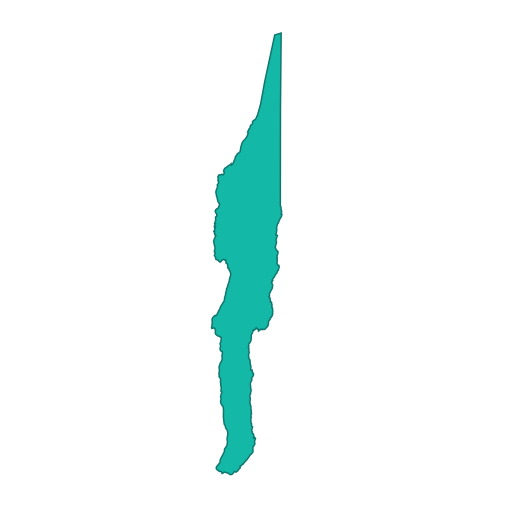 Hrunamannahreppur, Suðurland, Iceland, rotated 302°
{"feature_id": "244011B85072287894251", "entity_name": "Hrunamannahreppur", "entity_type": "district", "adm_level": 2, "iso_a3": "ISL", "parent_name": "Iceland", "parent_adm1": "Suðurland", "projection": "equal_earth", "projection_center": [-19.797, 64.432], "detail": "fine", "context": "isolated", "style": "filled", "palette": "teal", "viewbox_px": 512, "rotation_deg": 302, "n_neighbors": 0, "source": "geoboundaries", "source_scale": "gbopen_adm2", "svg_char_len": 6097}
<svg xmlns="http://www.w3.org/2000/svg" viewBox="0 0 512 512"><g transform="rotate(302 256 256)"><path d="M59.5,351.7L61.9,351.9L62.0,353.3L62.2,353.6L63.8,354.3L66.4,354.5L67.6,354.9L68.3,354.7L68.9,354.0L69.4,353.9L69.9,354.1L70.4,354.7L72.1,354.8L72.9,355.5L74.3,355.4L78.8,356.3L84.2,356.5L85.5,357.0L87.5,357.2L88.7,357.1L90.1,356.0L92.0,354.8L95.7,354.7L96.4,354.4L97.9,353.0L101.0,352.3L101.4,351.1L100.6,350.8L100.3,350.3L102.0,349.7L103.7,348.2L103.8,347.4L104.2,346.5L105.2,345.7L105.6,344.8L106.4,344.4L108.0,344.1L109.3,343.6L109.4,342.8L109.7,342.1L111.4,341.2L111.7,340.4L113.8,338.8L115.4,337.8L116.5,337.5L118.0,336.3L119.2,335.8L120.0,335.8L120.6,335.0L122.4,333.9L123.6,332.7L125.0,331.9L126.3,330.9L126.5,330.7L126.5,330.2L127.8,329.3L128.6,328.1L129.2,328.1L131.7,326.9L134.3,324.7L134.9,324.5L135.9,324.6L136.8,324.0L139.2,323.2L140.7,322.1L141.4,321.2L142.7,320.5L143.1,319.9L145.3,318.6L146.7,318.3L148.7,318.2L149.5,317.4L150.5,317.0L153.1,317.1L154.6,316.5L155.0,316.0L154.8,315.5L155.8,314.6L156.3,313.6L157.2,313.2L156.4,312.0L160.0,310.0L160.9,308.7L164.6,306.0L165.5,303.9L166.5,303.5L167.2,302.7L168.7,301.9L170.5,301.4L172.3,299.7L173.7,299.1L174.2,298.5L174.1,298.1L174.6,297.8L175.6,297.8L177.2,296.5L177.9,296.4L179.2,296.8L180.6,296.7L182.1,296.3L185.0,294.9L185.6,294.2L187.8,293.7L190.0,293.5L192.1,292.9L192.4,293.4L192.2,293.7L192.5,293.9L193.4,294.2L194.7,294.1L195.2,294.3L195.1,295.0L194.6,295.8L195.2,296.4L195.1,296.9L193.7,297.9L194.2,298.2L196.6,298.9L196.5,299.1L196.8,299.8L196.7,300.2L197.6,300.7L197.9,301.3L197.9,301.8L198.8,302.2L199.1,302.6L201.3,302.8L202.0,303.1L202.4,302.9L202.8,303.2L205.3,302.4L206.9,301.3L209.7,301.5L210.2,301.2L211.2,301.0L211.8,301.4L213.5,301.4L216.1,300.7L217.1,299.8L218.5,299.2L220.6,297.5L220.6,297.1L220.9,297.0L221.0,296.6L223.3,295.3L223.5,294.7L224.9,293.9L225.1,293.3L224.7,292.6L224.8,292.3L226.3,291.4L227.3,290.4L227.7,290.2L228.0,289.8L227.8,289.6L228.3,289.1L228.2,288.5L229.6,288.4L231.5,287.2L232.8,287.3L233.4,287.1L237.2,286.9L240.1,285.6L241.4,283.9L241.6,283.3L242.7,283.2L243.9,283.3L244.1,283.2L243.8,282.7L245.3,282.3L247.7,282.6L250.6,282.4L252.6,282.7L254.6,282.2L255.5,282.5L259.2,281.4L260.2,280.3L259.8,279.4L260.9,277.6L263.5,276.4L264.2,275.9L264.1,275.6L264.5,275.3L265.9,275.0L266.1,274.8L266.0,274.4L266.4,274.1L267.4,273.7L269.6,273.3L271.4,272.3L271.5,271.4L271.8,271.0L271.6,270.6L272.4,269.2L273.2,268.3L273.4,267.7L278.4,266.2L279.3,265.5L279.6,264.9L280.2,264.4L281.9,264.1L282.7,263.6L284.7,263.4L284.8,263.2L284.6,262.8L284.8,262.1L284.5,261.7L284.8,261.4L287.2,260.7L290.2,259.2L290.8,258.5L291.7,258.1L294.4,257.3L296.1,257.4L297.1,257.2L298.2,256.8L303.1,256.6L305.0,255.9L304.7,255.4L304.8,255.2L307.3,254.2L307.6,253.6L308.5,253.2L308.7,252.6L311.1,250.9L311.2,250.2L392.9,199.3L458.4,159.2L453.3,154.8L408.7,170.9L387.3,179.4L375.7,182.8L375.2,182.6L372.7,183.1L371.3,183.0L369.6,182.1L368.5,181.9L367.9,182.0L366.5,182.8L365.8,182.9L363.9,182.2L363.1,182.3L361.6,183.0L359.7,182.8L356.9,183.2L356.7,183.2L356.8,183.7L355.7,184.3L352.9,185.0L349.4,184.9L346.5,184.2L344.5,184.3L340.7,185.3L336.4,187.1L334.4,187.0L333.5,186.2L332.7,186.0L331.2,186.2L329.4,185.9L326.8,186.8L325.2,186.9L324.0,187.3L323.1,187.2L322.0,187.6L320.0,186.9L320.1,186.7L321.0,186.0L319.7,185.8L318.1,184.8L315.5,183.9L313.9,183.1L312.3,183.1L310.7,183.6L310.2,184.7L308.6,185.3L307.6,185.2L307.4,185.0L307.4,184.3L307.1,184.0L307.1,183.6L305.4,182.6L305.3,181.8L305.0,181.6L303.8,181.6L303.0,181.7L301.4,183.0L299.9,183.7L300.0,184.1L299.3,184.4L298.8,185.3L297.4,185.6L296.2,185.4L295.5,185.6L295.1,185.9L295.0,186.3L294.2,186.7L292.5,187.2L290.9,187.3L288.6,188.3L286.7,190.2L285.5,191.0L285.0,192.2L283.9,192.9L282.0,194.9L281.7,195.8L281.0,196.7L281.1,197.4L280.9,197.7L276.8,198.5L276.0,198.3L275.1,197.7L273.9,197.4L272.3,197.7L271.9,198.0L271.6,198.9L271.2,199.2L270.9,200.1L269.6,201.4L268.8,201.6L267.8,201.1L267.3,201.2L264.9,202.9L261.6,203.6L261.5,203.8L261.9,204.6L261.7,204.7L260.1,204.7L258.9,205.0L258.5,205.5L259.2,206.2L258.9,206.4L257.4,206.4L256.3,207.2L254.5,207.1L254.3,207.7L254.6,208.3L253.2,208.7L253.2,209.1L252.1,209.9L252.4,210.7L251.7,211.2L247.7,211.7L245.3,212.7L244.8,213.7L243.4,214.6L242.3,216.0L240.7,217.3L237.6,218.3L237.4,218.6L237.5,219.4L237.1,219.8L235.4,220.1L234.3,220.5L233.5,222.4L232.3,223.2L231.9,224.0L231.9,224.3L232.5,225.8L231.9,226.8L231.9,228.0L231.7,228.8L232.7,229.2L234.1,229.3L236.2,230.5L236.3,231.2L236.0,231.8L236.5,232.3L236.5,232.7L234.2,234.1L234.2,235.9L232.4,237.4L231.5,237.9L230.8,238.7L231.0,239.8L229.8,240.6L229.6,241.5L228.0,243.6L226.2,244.8L224.2,245.1L223.3,245.7L221.9,245.9L220.6,246.6L216.6,247.5L214.2,248.3L212.3,248.4L211.0,249.4L209.0,249.6L207.3,250.6L204.3,251.4L201.2,252.8L194.6,252.8L192.4,253.2L185.1,253.9L184.0,253.6L184.1,253.0L183.8,252.7L181.0,252.0L179.6,252.1L178.2,252.7L177.7,253.4L173.5,255.6L171.9,256.1L171.2,256.8L171.3,257.2L172.8,258.4L172.8,259.0L172.3,260.1L171.0,261.3L169.3,262.1L168.3,263.3L168.0,265.9L168.4,267.3L168.3,269.0L168.6,269.4L168.2,269.9L167.4,270.4L164.5,271.6L162.5,272.0L161.0,273.7L158.9,274.3L158.0,274.9L157.5,275.3L156.9,276.4L156.8,277.1L157.1,277.9L156.9,278.2L155.5,279.2L153.7,279.7L151.0,281.8L149.1,282.4L146.7,282.4L143.7,283.0L141.5,283.9L141.0,284.6L138.7,286.1L136.7,286.8L136.2,287.5L135.2,287.9L134.0,288.8L133.7,289.4L133.7,290.1L132.3,291.6L130.3,292.6L129.1,293.7L127.7,294.6L126.0,296.3L123.0,297.8L122.7,298.1L122.6,299.1L122.0,299.4L120.4,299.6L119.3,300.2L118.5,300.3L117.4,300.9L116.6,302.0L114.3,302.8L113.9,303.2L112.8,303.8L111.2,306.5L110.9,307.8L108.4,309.9L102.1,313.7L96.5,318.2L95.7,319.9L94.0,321.5L93.1,323.7L92.4,324.6L90.4,326.3L85.4,328.4L83.3,330.3L80.0,331.7L79.0,331.8L76.2,331.6L74.9,331.9L74.1,332.5L72.9,332.9L65.2,333.5L63.5,333.9L62.5,334.7L61.9,334.9L56.4,334.2L54.9,334.7L54.3,335.6L53.9,338.5L54.1,339.4L54.8,340.6L54.7,341.0L53.6,342.5L53.9,342.8L55.6,343.5L56.1,344.0L56.5,344.9L56.5,345.9L57.2,347.6L56.9,348.5L56.9,349.7L57.1,350.2L58.2,351.4L59.5,351.7Z" fill="#14b8a6" stroke="#0f766e" stroke-width="1.5"/></g></svg>